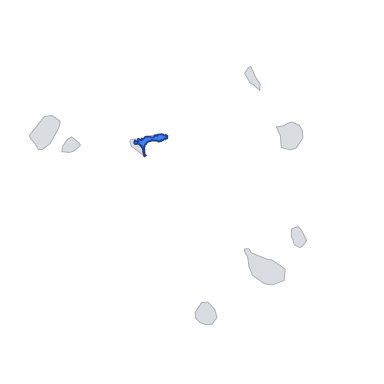 location of Nossa Senhora Do Rosario, Ribeira Brava, Cabo Verde, rotated 336°
{"feature_id": "66160863B38183693605809", "entity_name": "Nossa Senhora Do Rosario", "entity_type": "district", "adm_level": 2, "iso_a3": "CPV", "parent_name": "Cabo Verde", "parent_adm1": "Ribeira Brava", "projection": "robinson", "projection_center": [-24.164, 16.566], "detail": "fine", "context": "in_parent", "style": "filled", "palette": "blue", "viewbox_px": 384, "rotation_deg": 336, "n_neighbors": 0, "source": "geoboundaries", "source_scale": "gbopen_adm2", "svg_char_len": 5852}
<svg xmlns="http://www.w3.org/2000/svg" viewBox="0 0 384 384"><g transform="rotate(336 192 192)"><path d="M245.8,300.3L240.1,310.3L227.5,309.5L221.0,305.4L213.5,292.8L213.7,283.1L216.3,274.7L215.9,267.4L216.9,265.5L220.8,266.8L221.4,271.7L232.9,283.7L237.1,286.1L245.8,300.3ZM82.3,89.9L73.1,92.2L69.2,91.1L67.9,82.5L66.1,76.8L66.5,74.2L87.7,63.1L95.1,65.0L100.3,73.8L96.8,78.8L82.3,89.9ZM295.5,166.9L303.4,168.9L306.4,168.2L311.5,168.6L316.9,174.3L317.9,180.4L315.2,187.9L304.8,194.2L298.8,193.4L291.6,187.7L295.7,176.5L295.5,166.9ZM163.8,316.8L156.4,320.9L151.2,319.1L146.3,314.8L144.0,308.6L145.9,303.3L155.9,297.0L161.8,299.1L165.0,308.8L163.8,316.8ZM184.7,125.1L188.6,128.3L189.9,130.6L184.1,131.8L170.0,127.6L166.2,130.1L162.5,139.1L155.3,125.5L155.8,120.5L157.4,119.1L167.4,122.7L184.7,125.1ZM270.7,286.3L268.0,286.7L264.0,281.8L264.9,275.1L264.5,273.3L268.0,266.1L274.8,266.7L276.6,272.0L276.9,283.1L270.7,286.3ZM109.1,103.9L101.3,106.5L96.5,106.1L89.6,102.3L91.7,98.2L99.2,93.5L104.4,92.6L108.6,100.8L109.1,103.9ZM298.2,121.1L295.2,126.7L291.5,118.5L289.5,116.6L288.5,104.9L294.0,101.4L296.7,101.1L296.8,113.2L298.2,121.1Z" fill="#d9dde1" stroke="#a8b0b8" stroke-width="1"/><path d="M159.9,122.7L159.6,123.0L159.5,122.9L159.4,123.1L159.1,123.7L159.1,123.9L159.3,124.1L159.3,124.4L159.3,124.7L159.4,125.2L159.5,125.3L160.4,125.4L160.8,125.7L161.0,125.6L161.3,125.6L161.5,125.7L161.9,126.0L162.1,126.0L162.4,126.3L162.7,126.3L162.8,126.5L163.1,126.6L163.3,126.8L163.2,127.0L163.2,127.4L163.5,127.6L163.4,127.7L163.4,128.2L163.7,128.4L163.7,128.6L163.9,128.7L163.8,128.8L163.9,129.1L164.1,129.3L164.2,129.5L164.2,129.8L164.3,129.8L164.1,130.0L164.3,130.5L164.4,130.9L164.3,131.0L164.3,131.5L164.5,131.7L164.6,131.9L164.5,132.4L164.4,132.6L164.4,132.8L164.3,133.0L164.3,133.4L164.5,133.6L164.3,133.9L164.3,134.2L163.9,134.7L164.0,134.9L163.9,135.1L163.7,135.2L163.6,135.6L163.6,135.8L163.6,136.0L163.5,136.3L163.4,136.5L163.5,136.6L163.5,137.2L163.3,137.4L163.4,137.6L163.4,138.2L163.3,138.4L163.2,138.7L163.3,138.9L162.8,139.7L162.9,140.2L163.2,140.6L163.1,140.3L163.1,140.2L163.3,140.2L163.6,140.0L163.9,140.1L164.2,140.0L163.9,139.9L164.0,139.6L164.2,139.4L163.9,139.4L163.8,139.1L164.0,138.3L164.3,138.0L164.2,137.4L164.5,137.0L165.0,136.4L165.0,135.7L165.3,135.0L165.5,134.8L165.4,134.6L165.6,133.9L166.0,133.6L166.1,133.2L166.2,132.9L166.1,132.5L166.2,132.4L166.3,132.3L166.4,132.2L166.4,131.9L166.4,131.7L166.5,131.8L166.6,131.5L166.9,131.2L167.3,131.3L167.4,131.0L167.6,130.8L167.7,130.5L167.9,130.1L168.4,129.6L168.5,129.6L169.4,129.6L169.7,129.6L169.8,129.5L169.9,129.2L170.2,129.0L170.2,128.8L170.4,128.8L170.4,128.7L170.6,128.6L170.8,128.4L171.0,128.3L171.3,128.4L171.5,128.2L171.8,128.2L172.4,128.2L172.5,128.3L172.6,128.2L172.9,128.2L173.5,128.2L173.7,128.3L173.7,128.5L173.8,128.6L174.0,128.5L174.4,128.5L174.5,128.5L174.5,128.4L174.9,128.4L175.0,128.6L175.4,128.5L175.5,128.4L175.9,128.4L176.1,128.6L176.3,128.5L176.8,128.5L177.0,128.4L177.1,128.6L177.1,128.4L177.2,128.5L177.3,128.6L177.5,129.0L177.9,129.3L178.0,129.5L178.3,129.5L178.5,129.8L179.2,130.2L179.6,130.1L180.0,130.4L180.2,130.5L180.3,130.6L180.4,130.4L180.5,130.5L180.9,130.5L181.0,130.7L181.1,130.8L181.2,131.1L181.2,131.3L181.3,131.4L181.5,131.8L181.8,131.8L182.0,132.0L181.9,132.3L182.0,132.3L182.2,132.5L182.3,132.4L182.5,132.5L182.8,132.7L183.0,132.8L183.1,132.7L183.4,132.4L183.5,132.5L183.8,132.7L184.1,132.8L184.2,132.6L184.3,132.3L184.7,132.3L185.0,132.4L185.0,132.6L185.2,132.4L185.2,132.6L185.4,132.8L185.6,132.9L185.8,132.8L186.1,132.9L186.3,132.9L186.3,132.7L186.4,132.9L186.5,132.9L186.9,132.7L187.3,132.7L187.7,132.4L187.7,132.1L187.9,132.0L188.0,132.0L188.2,132.3L188.4,132.4L188.6,132.3L188.8,132.1L189.1,132.2L189.2,132.3L189.4,132.5L189.5,133.0L189.6,132.9L189.9,132.7L190.3,132.8L190.7,133.0L190.9,133.0L191.1,133.0L191.1,132.8L191.5,132.6L191.5,132.3L191.6,132.1L191.7,131.9L191.8,131.8L191.8,131.7L192.0,131.5L191.9,131.4L192.1,131.2L192.2,130.9L192.3,130.8L192.1,130.6L192.1,130.3L191.8,130.1L191.7,130.0L191.6,129.8L191.4,129.8L191.4,129.6L191.1,129.6L190.9,129.9L190.9,129.5L190.8,129.4L190.8,129.1L190.4,129.3L190.1,129.1L189.7,129.3L189.6,129.2L189.4,128.5L189.3,128.3L189.1,128.3L189.0,127.7L188.9,127.5L188.8,127.4L188.7,127.4L188.6,127.2L188.2,127.2L187.9,126.9L187.6,127.0L187.6,126.7L187.3,126.7L187.2,126.6L186.8,126.5L186.7,126.5L186.6,126.4L186.4,126.4L186.1,126.4L185.7,126.2L185.4,126.2L185.2,126.2L185.2,126.4L185.1,126.2L184.9,126.0L184.4,126.0L184.2,125.9L184.0,126.0L184.0,125.9L183.6,125.8L183.4,126.0L183.4,125.9L182.9,125.9L182.7,126.0L182.6,125.9L182.5,126.0L182.4,125.9L182.4,126.1L182.2,125.9L182.1,125.7L181.8,125.7L181.7,125.5L181.4,125.5L181.3,125.4L181.2,125.3L181.0,125.2L180.9,125.3L180.7,125.2L180.6,125.5L180.3,125.6L180.2,125.9L179.9,126.2L179.2,126.3L179.0,126.2L178.5,126.0L177.8,125.9L177.3,125.6L176.8,125.2L176.6,124.7L176.3,124.2L176.0,124.2L175.3,124.0L175.1,123.9L174.9,123.6L174.4,123.4L174.1,123.3L174.1,123.5L173.4,123.3L173.2,123.1L172.8,122.9L172.7,122.9L172.7,122.7L172.3,122.7L171.5,122.6L171.3,122.8L171.1,122.8L170.6,123.3L170.2,123.5L169.7,123.5L169.2,123.6L169.0,123.4L168.8,123.5L168.6,123.4L168.4,123.4L168.2,123.2L168.2,123.3L168.1,123.2L168.1,123.3L167.9,123.3L167.7,123.4L167.7,123.6L167.4,123.7L167.4,123.8L167.3,124.1L167.0,124.2L166.9,124.2L166.3,124.0L166.2,123.8L165.9,123.6L165.9,123.3L165.8,123.1L165.8,122.8L165.6,122.6L165.3,122.6L165.2,122.7L164.8,122.5L164.6,122.3L164.6,121.8L164.4,121.9L164.3,121.7L164.1,121.7L163.9,121.9L164.0,122.2L163.9,122.7L163.6,123.1L163.8,123.7L163.8,124.4L163.7,124.6L163.4,124.6L162.6,124.5L162.4,124.2L162.5,123.9L162.8,123.5L162.5,123.3L162.3,123.4L162.1,123.3L162.1,123.2L161.7,123.0L161.6,122.4L161.4,122.3L161.0,122.3L160.8,122.1L160.8,121.8L160.3,122.2L160.1,122.7L159.9,122.7Z" fill="#3b82f6" stroke="#1e3a8a" stroke-width="1.5"/></g></svg>